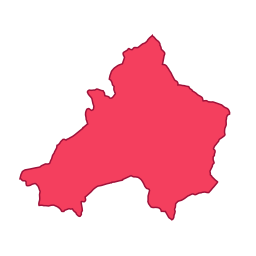 outline of Tarnava, Sibiu, Romania, rotated 100°
{"feature_id": "2599482B99258029890199", "entity_name": "Tarnava", "entity_type": "district", "adm_level": 2, "iso_a3": "ROU", "parent_name": "Romania", "parent_adm1": "Sibiu", "projection": "mercator", "projection_center": [24.293, 46.14], "detail": "fine", "context": "isolated", "style": "filled", "palette": "rose", "viewbox_px": 256, "rotation_deg": 100, "n_neighbors": 0, "source": "geoboundaries", "source_scale": "gbopen_adm2", "svg_char_len": 5773}
<svg xmlns="http://www.w3.org/2000/svg" viewBox="0 0 256 256"><g transform="rotate(100 128 128)"><path d="M196.8,225.6L196.7,225.1L196.9,224.4L197.3,224.0L198.0,223.0L198.2,222.3L197.9,220.6L198.0,220.0L198.3,219.4L198.8,219.0L199.3,218.9L199.9,218.9L201.8,218.2L202.1,218.0L202.3,217.6L202.3,216.9L201.9,215.4L201.3,214.2L200.0,212.6L198.9,210.2L198.8,209.6L199.0,209.0L200.5,206.9L201.4,206.0L201.9,205.8L202.8,205.2L204.4,204.4L205.4,203.7L205.9,203.5L208.8,203.6L210.2,203.3L211.3,203.0L213.2,202.6L214.6,202.5L216.3,202.7L217.7,202.7L219.3,202.4L219.7,202.1L219.1,200.1L219.0,199.0L219.0,198.6L219.1,197.6L219.0,196.9L218.7,195.0L218.6,192.7L217.4,190.2L216.9,188.2L216.9,187.4L217.8,183.8L218.0,183.2L218.3,182.9L218.2,182.8L218.7,181.8L219.7,180.5L220.1,180.0L221.4,179.0L221.6,178.7L221.6,178.4L221.3,176.7L220.0,176.0L217.7,172.1L217.7,171.6L217.8,171.3L217.8,170.2L217.3,168.7L217.6,168.3L218.4,167.8L219.6,166.3L220.2,165.0L220.5,164.6L221.0,164.2L221.3,164.2L221.8,163.7L222.2,163.2L223.0,162.0L223.3,161.3L223.4,160.8L223.4,160.3L223.2,159.8L221.6,159.0L221.3,158.9L220.2,159.2L218.8,159.2L217.4,158.6L214.8,159.3L210.2,161.0L209.0,161.3L208.7,161.2L208.4,160.8L208.3,158.5L208.1,158.1L207.8,157.8L206.8,157.3L206.1,157.3L205.4,157.4L205.0,157.7L203.3,158.2L202.2,157.2L197.4,153.4L194.4,151.5L192.7,150.0L191.0,148.3L190.3,147.2L189.2,144.2L186.6,139.1L185.6,136.7L185.1,135.8L184.8,135.1L184.6,134.9L184.8,134.8L183.9,133.6L183.7,132.3L181.2,126.7L180.6,125.0L180.2,124.3L179.7,124.4L174.4,116.7L174.9,115.1L175.1,113.9L174.8,112.2L174.8,109.9L174.8,109.6L175.3,108.3L176.4,106.3L177.0,105.6L178.2,104.4L179.8,103.1L181.2,102.1L182.3,101.4L183.6,100.1L184.3,99.0L184.4,97.7L184.8,96.5L185.1,96.3L185.9,95.9L191.5,96.4L195.5,95.7L197.1,95.6L199.0,94.5L201.4,92.1L201.7,91.7L202.0,90.5L201.9,89.1L201.4,87.2L201.2,85.2L201.3,83.8L201.6,83.0L202.2,82.0L202.9,81.4L204.3,80.7L204.1,80.0L203.9,77.6L203.7,76.7L208.8,72.5L209.3,71.9L210.2,69.9L210.8,68.9L210.4,68.5L210.2,68.1L208.4,67.4L206.0,67.5L203.6,67.1L202.0,67.1L201.6,67.2L200.9,67.7L200.0,68.0L199.4,68.0L197.8,67.6L194.4,67.9L193.6,67.5L191.6,66.1L190.9,65.0L190.0,63.0L189.2,61.9L187.6,60.1L184.7,57.4L184.3,56.9L184.1,56.5L182.2,53.9L181.7,52.9L181.6,52.6L182.0,50.9L182.0,50.4L181.9,49.9L181.7,49.5L180.0,47.2L179.7,46.7L179.0,44.5L178.6,44.0L178.4,43.5L177.9,41.9L177.7,41.0L177.8,39.7L177.8,38.5L177.6,37.3L174.6,35.4L172.4,34.2L171.4,33.5L166.7,30.8L165.8,30.4L165.4,30.5L164.1,33.0L161.4,36.9L160.7,37.4L159.9,38.7L159.8,38.8L158.5,39.0L157.6,39.3L157.0,39.6L156.5,39.7L155.9,39.7L151.1,38.3L149.9,38.4L148.8,38.0L147.7,37.2L147.2,37.2L144.5,38.6L143.7,38.8L141.7,39.1L140.9,38.7L140.4,38.3L140.1,38.2L138.4,38.4L137.0,38.1L135.8,38.2L135.2,38.4L134.9,38.6L134.6,39.0L134.0,40.0L133.5,40.2L132.0,39.9L130.4,39.4L128.4,38.2L127.5,37.8L125.3,36.5L124.2,36.4L123.2,36.0L122.2,34.9L120.6,33.3L119.1,31.9L118.2,31.4L117.5,31.4L116.9,31.7L115.4,32.2L114.1,32.4L111.8,32.6L108.4,31.9L107.4,31.9L103.8,32.7L103.0,32.7L101.8,32.6L100.9,32.8L100.3,32.8L98.2,32.3L97.9,32.1L96.7,30.4L95.1,30.6L93.2,31.7L92.3,32.5L91.8,33.2L91.4,34.1L90.9,36.2L90.4,37.3L89.2,39.4L89.0,39.8L88.9,40.6L88.3,43.9L87.6,48.5L87.6,49.2L88.0,50.7L88.2,53.5L87.7,54.6L87.5,55.4L87.5,55.9L88.1,58.1L88.2,58.8L87.7,59.0L86.1,59.7L85.5,60.0L85.0,60.5L84.3,61.9L83.6,64.1L83.1,65.3L82.0,66.9L81.2,68.7L80.7,69.9L80.4,71.0L79.9,71.2L79.5,71.6L79.2,72.1L78.4,74.0L76.7,75.4L76.7,75.6L76.7,78.1L76.5,80.3L76.7,81.2L76.6,83.5L76.6,84.5L76.9,86.4L75.5,86.5L74.5,87.1L73.9,87.6L73.6,88.1L73.0,89.7L72.8,90.1L72.4,90.6L68.6,93.6L66.3,95.2L64.3,97.1L62.5,98.6L61.0,100.2L60.2,100.9L59.5,102.2L59.3,103.2L59.4,105.1L50.5,105.0L49.1,104.7L48.1,104.8L47.3,105.2L45.6,107.4L45.0,108.5L44.5,109.0L43.4,109.3L41.7,110.2L41.2,110.8L39.9,111.1L39.2,111.4L37.4,113.1L37.0,114.1L35.9,115.9L34.1,118.0L33.6,118.9L33.3,119.6L33.0,119.9L32.6,120.1L33.5,120.7L35.5,122.4L37.6,123.7L39.0,124.2L40.9,125.6L41.7,126.6L42.6,128.2L44.2,129.7L46.9,132.0L47.3,133.0L47.5,135.1L47.8,135.9L48.3,136.4L49.9,137.3L50.2,137.7L50.2,139.5L49.6,140.7L49.7,141.2L50.2,141.6L51.2,142.0L52.3,143.2L54.1,145.3L54.7,145.7L55.3,145.8L56.4,145.5L57.3,145.0L58.9,143.7L60.9,143.9L65.4,144.6L65.9,144.9L67.5,147.8L68.4,149.0L71.0,151.6L71.9,152.3L74.6,153.9L75.6,154.2L77.1,154.4L79.3,154.8L81.4,154.9L83.2,154.9L83.4,154.5L83.8,153.4L84.1,153.1L85.9,151.7L88.1,150.8L88.4,150.5L89.1,149.5L89.7,148.8L90.1,148.8L90.9,148.9L92.9,148.5L94.0,147.8L95.1,147.3L95.6,146.7L95.9,146.5L96.7,146.6L97.1,146.7L99.5,147.9L100.8,148.7L101.2,149.2L101.5,149.7L101.7,150.8L101.7,151.0L101.6,151.3L100.8,152.1L100.6,152.5L100.4,153.5L100.2,156.4L97.4,157.4L96.9,157.9L96.5,158.3L95.7,158.9L95.7,160.6L95.3,163.1L95.1,164.0L95.0,165.2L95.0,165.5L96.2,167.1L96.6,167.8L96.6,168.5L97.1,170.0L97.3,170.9L97.4,172.8L98.4,173.9L99.2,174.2L99.7,174.2L100.3,173.8L101.5,173.0L102.6,171.8L104.0,170.0L104.9,169.0L105.7,168.5L109.7,166.9L112.5,165.4L114.9,165.3L115.5,165.4L116.0,165.6L116.9,166.7L117.0,167.1L116.6,168.1L115.8,169.6L115.7,169.9L115.8,170.5L116.5,171.6L117.1,171.9L119.0,172.3L120.3,172.4L122.5,172.1L125.3,171.0L126.3,170.8L127.2,170.5L127.8,170.0L131.1,168.4L132.0,169.4L132.7,169.9L133.6,170.7L134.2,171.1L135.2,172.2L135.3,172.0L136.2,172.5L144.3,179.5L146.1,181.3L147.7,183.4L148.7,184.5L149.8,186.2L150.1,186.3L150.6,186.9L150.6,187.2L150.2,188.9L150.5,190.0L152.8,191.7L153.8,192.2L155.2,192.7L156.8,194.0L157.2,194.4L157.4,194.9L160.0,194.8L164.3,196.2L165.3,196.3L168.0,197.5L171.9,197.9L172.6,198.2L174.1,198.6L176.0,198.9L176.6,199.2L176.9,199.6L177.4,200.7L177.7,202.8L177.8,203.2L180.2,206.7L181.5,207.8L181.8,208.2L182.0,208.6L183.4,212.4L185.5,217.6L187.0,221.7L187.5,222.6L189.2,224.4L192.5,225.3L196.8,225.6Z" fill="#f43f5e" stroke="#9f1239" stroke-width="1.5"/></g></svg>